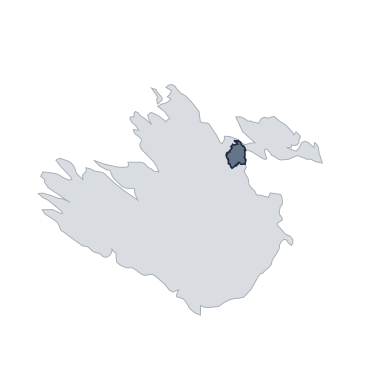 Manorhamilton Lea-6, Leitrim, Ireland shown in context, rotated 49°
{"feature_id": "5873133B72319523044240", "entity_name": "Manorhamilton Lea-6", "entity_type": "district", "adm_level": 2, "iso_a3": "IRL", "parent_name": "Ireland", "parent_adm1": "Leitrim", "projection": "equal_earth", "projection_center": [-8.199, 54.289], "detail": "fine", "context": "in_parent", "style": "filled", "palette": "slate", "viewbox_px": 384, "rotation_deg": 49, "n_neighbors": 0, "source": "geoboundaries", "source_scale": "gbopen_adm2", "svg_char_len": 7755}
<svg xmlns="http://www.w3.org/2000/svg" viewBox="0 0 384 384"><g transform="rotate(49 192 192)"><path d="M242.7,83.8L234.7,87.8L233.4,89.4L231.2,95.5L230.9,97.3L225.9,104.2L223.1,105.6L218.8,106.7L216.4,107.8L213.4,107.3L209.5,107.4L207.6,108.6L207.7,109.5L208.8,110.6L216.0,113.8L215.6,115.1L213.6,116.6L200.8,120.4L197.0,122.6L195.7,124.1L197.0,126.6L207.2,134.1L209.0,134.9L210.5,139.2L219.5,141.1L223.2,143.8L226.4,144.4L233.3,144.2L236.1,145.2L237.7,144.5L238.6,143.0L246.3,137.7L243.9,133.7L251.6,127.0L253.8,127.1L257.4,129.1L260.5,132.0L261.5,135.8L264.4,139.3L266.2,140.5L271.2,141.2L272.4,142.5L271.5,147.6L272.3,149.2L285.0,149.1L290.0,146.9L294.4,147.3L296.6,149.6L297.6,151.9L293.8,152.7L289.9,152.3L288.0,153.8L287.9,156.7L289.3,160.5L291.9,163.2L294.1,169.2L296.0,176.0L298.8,180.0L299.4,185.1L299.1,187.6L299.6,192.1L298.5,193.6L299.4,197.8L304.2,211.4L305.3,222.1L303.1,226.1L300.1,229.9L298.1,234.3L296.7,239.2L295.8,247.1L289.3,256.3L286.5,258.6L283.2,260.0L290.5,266.4L284.6,269.3L278.2,270.2L271.1,268.6L266.7,268.8L261.1,272.2L259.8,271.6L257.1,266.3L255.2,271.7L251.1,273.5L244.1,273.1L232.4,274.6L227.9,276.1L226.1,278.6L224.7,281.4L222.9,283.1L220.8,284.0L211.7,286.1L210.0,286.9L205.8,291.5L200.3,294.1L195.7,294.9L191.7,292.3L190.0,290.6L188.1,289.8L181.9,290.0L183.9,290.8L185.1,292.7L185.8,296.3L185.0,299.8L182.0,301.6L178.3,301.9L172.5,305.6L164.9,306.6L160.7,310.0L135.4,315.8L133.9,315.8L130.5,314.4L126.7,313.7L122.9,314.2L112.3,317.4L107.1,316.7L113.8,308.8L122.6,304.8L123.5,303.7L120.7,303.1L103.9,305.9L98.1,308.3L92.3,309.0L95.0,305.3L102.6,300.4L109.0,297.1L111.9,294.2L119.8,290.9L94.3,297.7L87.7,296.9L86.1,295.0L80.9,295.9L79.0,291.3L86.8,284.3L91.3,281.3L96.7,279.7L101.8,277.4L103.7,274.6L101.3,273.7L86.0,274.4L78.7,273.8L79.1,271.5L80.5,269.1L88.2,264.8L92.3,264.1L95.9,264.5L102.4,267.0L111.0,266.2L107.4,263.5L106.9,258.0L104.1,256.2L107.7,253.6L111.7,252.1L118.5,246.8L120.9,246.0L134.1,244.7L148.4,242.0L162.6,238.2L155.3,236.0L151.9,233.2L146.3,238.9L142.2,241.1L130.9,242.2L127.3,241.6L122.2,239.8L120.6,240.5L119.2,241.9L111.6,244.7L103.7,245.3L113.0,240.2L124.7,231.5L127.3,228.8L131.0,224.1L129.9,222.0L127.5,220.8L136.0,211.0L139.0,209.2L144.4,209.0L148.4,207.4L150.1,207.4L151.7,206.8L155.1,203.9L149.8,202.1L144.3,201.1L127.2,202.1L125.0,201.9L122.9,201.0L121.5,199.7L120.5,196.4L119.3,195.7L115.4,195.7L111.6,196.7L109.0,196.6L106.4,195.2L110.6,191.8L105.3,191.0L99.8,191.7L95.4,190.6L95.2,188.5L97.3,186.4L94.7,184.4L94.1,181.9L97.0,180.7L100.1,181.1L106.5,179.2L114.6,178.3L107.7,176.5L104.9,174.9L104.8,172.5L105.4,170.4L113.5,167.0L122.0,165.4L121.4,163.1L122.1,160.7L113.4,159.9L104.8,161.7L105.8,157.0L107.9,152.7L108.3,149.9L108.0,146.9L104.0,148.2L103.5,143.9L101.9,141.0L95.9,143.0L96.1,139.2L97.9,136.5L101.0,135.4L104.0,135.9L109.7,135.8L115.3,133.8L123.2,133.3L135.8,133.9L144.4,139.6L146.7,138.6L150.2,135.0L151.8,134.6L164.9,136.2L173.0,138.2L175.2,137.6L174.0,133.6L171.2,130.9L174.7,127.3L179.0,124.8L181.9,123.6L188.4,122.1L191.3,120.7L193.2,116.1L196.2,112.2L179.8,114.2L164.1,109.7L166.6,106.5L169.9,104.6L175.6,103.2L176.2,101.6L179.1,100.2L183.8,96.5L182.1,91.8L183.0,88.3L186.5,86.0L187.5,82.8L189.1,80.4L196.0,79.5L202.7,77.3L213.0,77.0L215.6,77.9L215.0,74.0L219.9,73.5L221.8,74.3L222.6,77.0L224.8,78.8L225.5,81.9L224.0,84.3L221.6,86.1L223.8,88.0L220.4,91.4L224.1,89.9L229.5,86.6L229.2,83.9L228.3,80.5L226.8,77.4L227.4,74.0L230.4,71.9L238.4,70.8L235.1,67.0L238.0,66.6L241.1,67.4L245.8,70.4L255.6,74.6L250.9,78.4L245.0,81.0L242.7,83.8ZM103.1,158.5L102.9,160.4L99.1,158.0L97.3,155.5L86.9,154.4L91.3,151.9L93.4,152.6L100.7,152.7L102.8,153.8L103.1,158.5Z" fill="#d9dde1" stroke="#a8b0b8" stroke-width="1"/><path d="M205.8,133.6L205.0,133.1L204.9,132.5L204.5,131.9L204.0,131.5L203.9,131.3L203.8,131.2L203.7,131.0L203.5,130.9L203.3,130.9L203.2,130.9L203.0,130.6L203.2,130.3L203.1,130.2L202.7,130.0L202.4,130.1L202.2,130.2L201.9,130.1L201.7,130.0L201.2,130.1L201.0,129.9L200.7,129.9L200.5,129.6L200.1,129.7L200.1,129.4L200.0,129.2L199.8,129.2L199.6,128.8L199.6,128.7L199.3,128.5L199.3,128.3L199.0,128.0L198.8,127.8L198.8,127.7L198.5,127.5L198.4,127.4L198.2,127.3L198.1,127.1L195.2,125.1L194.8,124.8L194.9,124.7L195.2,124.7L195.4,124.7L195.5,124.5L195.6,124.4L195.8,124.3L195.7,124.2L195.4,124.1L194.5,123.7L194.4,123.6L194.4,123.4L193.6,123.3L193.1,123.2L192.9,123.1L192.5,123.1L192.3,123.0L192.3,122.9L192.0,122.9L191.9,122.9L191.6,123.1L191.4,123.0L191.2,123.0L191.3,123.1L191.2,123.2L191.1,123.3L191.1,123.5L190.4,123.6L190.1,123.5L189.8,123.6L189.2,123.7L188.9,123.6L188.6,123.4L188.5,123.5L188.4,123.5L187.8,123.5L187.6,123.2L187.4,123.0L187.2,122.9L186.9,122.8L186.7,122.9L186.4,122.9L186.2,122.8L186.0,123.0L185.5,122.9L185.2,123.0L184.8,123.2L184.2,123.2L183.8,123.3L183.5,123.3L183.6,123.5L183.8,123.7L183.8,123.8L183.7,123.9L183.9,123.9L184.1,124.0L184.0,124.3L183.7,124.2L182.5,124.6L182.1,125.0L182.2,125.5L181.6,125.8L181.2,126.2L181.5,126.3L181.6,126.5L181.9,126.6L182.2,126.4L182.4,126.5L182.5,126.4L182.9,126.3L183.0,126.2L182.7,125.8L183.1,125.7L183.2,125.8L183.4,125.8L183.6,125.8L183.8,125.9L183.9,126.0L184.0,126.0L184.5,126.1L184.8,126.0L185.0,126.0L185.3,126.1L185.5,126.1L185.4,126.2L185.3,126.3L185.2,126.5L185.4,126.7L185.2,127.2L185.2,127.3L184.9,127.5L184.7,127.7L184.7,128.0L184.7,128.3L184.3,129.1L184.4,129.3L183.9,129.6L183.5,129.7L183.3,129.9L183.0,130.0L182.7,130.0L182.8,130.3L182.9,130.5L183.0,130.7L183.0,130.8L183.0,131.0L183.1,131.4L183.1,131.7L183.2,131.8L183.3,132.0L183.3,132.3L183.2,132.5L183.6,132.9L183.9,132.8L183.8,133.0L184.5,132.9L184.8,133.0L185.0,133.2L185.0,133.4L185.2,133.5L185.3,133.6L185.3,133.8L185.4,134.2L185.4,134.4L185.4,134.5L185.4,134.8L185.5,134.8L185.5,135.1L185.4,135.3L185.3,135.5L185.6,136.9L185.7,137.1L185.9,137.1L186.0,137.1L185.9,137.2L186.0,137.3L186.0,137.6L185.9,137.7L185.9,137.8L186.0,137.8L185.9,137.9L185.9,138.0L185.8,138.3L185.6,138.8L185.8,138.8L186.0,139.1L185.9,139.2L185.9,139.3L186.1,139.5L185.9,139.7L185.7,140.0L185.3,140.2L185.3,140.3L185.6,140.3L186.0,140.4L186.0,140.5L185.9,140.5L186.0,140.7L186.4,140.8L186.6,140.9L186.8,140.9L186.9,141.0L186.7,141.4L186.6,141.5L186.3,141.6L186.2,141.7L186.2,141.8L186.3,141.9L186.5,141.8L186.8,142.2L187.0,142.3L187.4,142.4L187.5,142.3L188.7,143.2L189.3,143.2L189.7,143.2L189.8,143.1L190.1,143.0L190.2,142.9L190.6,142.9L190.9,143.1L191.4,143.1L191.7,143.3L191.8,143.5L191.7,143.6L191.8,143.6L192.0,143.7L192.0,143.9L192.0,144.0L192.5,144.2L192.5,144.3L192.9,144.4L193.1,144.5L193.3,144.7L193.4,144.8L193.6,145.1L193.8,145.2L193.8,145.3L193.8,145.5L194.0,145.5L194.3,145.8L194.5,145.8L194.6,146.0L194.8,146.0L194.8,145.9L195.0,145.7L195.3,145.5L195.3,145.4L195.5,145.0L195.9,145.1L196.2,145.3L196.4,145.3L196.5,145.3L196.8,145.5L197.2,145.7L197.4,145.7L197.5,145.9L197.7,146.0L198.2,146.0L198.4,146.1L198.5,146.1L198.8,146.0L199.0,146.3L199.2,146.2L199.4,146.3L199.6,146.2L200.4,146.3L200.5,145.4L200.6,143.1L200.7,142.9L200.8,142.6L200.9,142.4L200.7,142.3L200.7,142.2L200.8,142.1L200.7,142.0L200.8,142.0L200.9,141.9L201.0,141.8L200.9,141.7L201.0,141.6L201.3,141.5L201.3,141.4L201.2,141.3L201.1,141.2L200.9,141.3L200.8,141.2L200.6,141.0L200.6,140.8L200.7,140.7L200.8,140.6L200.7,140.5L200.5,140.4L200.7,140.1L200.8,140.1L201.0,139.9L201.1,140.0L201.0,139.9L201.3,139.8L201.4,139.6L201.4,139.4L201.3,139.2L201.2,139.2L201.1,138.9L200.8,138.8L200.8,138.7L200.7,138.7L200.6,138.4L200.6,138.2L200.4,138.1L200.2,138.0L200.1,137.9L200.3,137.8L200.3,137.6L200.5,137.4L200.7,137.1L201.0,136.8L201.5,136.9L202.1,137.0L202.6,137.1L202.9,137.1L203.2,136.8L203.5,136.5L203.8,136.2L204.0,135.8L204.4,135.5L204.4,135.4L204.4,135.2L204.5,134.8L204.7,134.7L204.9,134.5L205.0,134.4L205.3,134.2L205.8,133.6Z" fill="#64748b" stroke="#1e293b" stroke-width="1.5"/></g></svg>